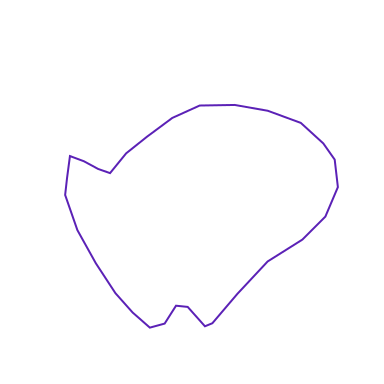 map outline of Niamey (Albers equal-area conic projection), rotated 135°
{"feature_id": "NER-94", "entity_name": "Niamey", "entity_type": "Capital District", "adm_level": 1, "iso_a3": "NER", "parent_name": "Niger", "parent_adm1": "", "projection": "albers", "projection_center": [2.146, 13.496], "detail": "fine", "context": "isolated", "style": "outline", "palette": "violet", "viewbox_px": 384, "rotation_deg": 135, "n_neighbors": 0, "source": "natural_earth", "source_scale": "10m", "svg_char_len": 525}
<svg xmlns="http://www.w3.org/2000/svg" viewBox="0 0 384 384"><g transform="rotate(135 192 192)"><path d="M147.6,80.3L187.6,89.4L231.9,87.9L270.4,84.8L277.8,87.9L276.3,113.8L283.7,122.9L304.4,118.3L317.7,125.9L319.2,148.7L317.7,174.6L310.4,209.6L300.0,246.1L283.8,279.6L270.4,290.3L252.9,303.7L246.7,290.2L242.1,274.7L236.6,263.3L211.2,265.9L184.6,262.9L153.5,258.3L125.4,247.7L100.2,223.3L81.0,195.9L66.2,163.9L64.8,133.5L68.2,114.0L85.4,92.3L115.1,80.3L147.6,80.3Z" fill="none" stroke="#5b21b6" stroke-width="2"/></g></svg>